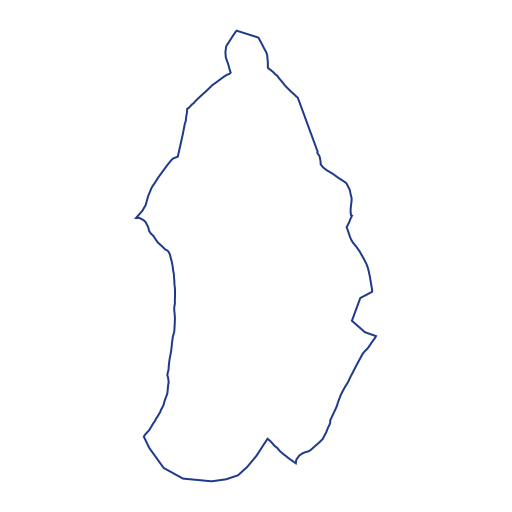 the district of Marisule/La Brellotte, Gros Islet, Saint Lucia
{"feature_id": "8701671B65833866980229", "entity_name": "Marisule/La Brellotte", "entity_type": "district", "adm_level": 2, "iso_a3": "LCA", "parent_name": "Saint Lucia", "parent_adm1": "Gros Islet", "projection": "equal_earth", "projection_center": [-60.972, 14.058], "detail": "fine", "context": "isolated", "style": "outline", "palette": "blue", "viewbox_px": 512, "rotation_deg": 0, "n_neighbors": 0, "source": "geoboundaries", "source_scale": "gbopen_adm2", "svg_char_len": 4193}
<svg xmlns="http://www.w3.org/2000/svg" viewBox="0 0 512 512"><path d="M136.0,218.0L137.2,218.1L138.2,217.9L139.2,217.9L141.7,219.1L143.4,220.1L144.7,221.1L145.8,222.4L146.5,223.8L147.1,225.0L147.7,226.1L148.5,228.1L149.0,230.6L149.8,232.0L151.2,234.0L152.3,234.8L153.4,236.0L155.6,239.3L157.1,241.6L158.6,243.2L160.2,244.6L161.3,245.6L163.3,247.5L165.0,249.3L166.5,250.0L168.0,251.1L168.6,251.9L169.8,254.2L171.2,259.6L171.9,262.3L172.2,264.0L172.7,266.6L173.1,270.4L173.7,273.4L173.9,274.9L173.9,276.2L174.3,280.4L174.4,282.0L174.4,283.9L174.5,284.9L174.6,285.6L174.8,287.1L175.0,289.7L175.0,291.0L175.0,292.6L175.0,293.7L175.0,295.4L175.0,297.4L174.8,300.7L174.9,301.9L174.9,303.1L174.8,304.4L174.4,305.9L174.3,307.0L174.2,308.4L174.3,310.4L174.3,311.3L174.5,312.5L174.6,313.7L174.7,314.8L174.8,316.2L174.9,317.6L174.9,318.5L174.9,320.1L174.8,321.2L174.8,322.9L174.7,324.5L174.6,326.1L174.5,328.1L174.3,331.1L174.1,332.1L173.9,332.9L173.5,334.3L172.9,336.7L172.7,337.6L172.2,341.6L172.1,342.2L171.9,343.6L171.9,344.5L171.7,346.0L171.3,349.3L171.2,350.5L171.0,351.8L170.4,355.0L170.2,356.1L169.6,359.0L169.5,359.8L169.4,360.7L169.0,363.8L168.8,365.9L168.7,367.1L168.6,368.5L168.5,370.1L168.1,371.2L167.8,372.6L167.6,373.7L167.3,374.9L167.9,377.0L168.1,377.6L168.7,382.6L168.3,383.8L168.3,384.4L168.1,385.5L167.9,387.2L167.9,387.9L167.8,388.6L167.7,389.9L167.6,391.0L167.5,391.7L167.5,392.3L167.3,393.0L167.2,394.0L166.8,395.1L166.4,396.0L166.0,396.9L165.7,397.6L165.4,398.9L165.2,399.4L164.9,400.0L164.6,401.1L164.2,402.3L163.7,404.5L162.7,406.8L162.3,407.6L161.2,409.4L160.5,411.2L160.4,411.6L160.2,412.2L159.7,412.9L158.8,414.4L158.2,415.4L157.9,415.9L157.3,416.9L156.4,418.2L155.9,419.0L155.3,420.5L154.9,421.0L154.4,421.7L153.4,423.2L152.6,424.4L152.3,424.8L152.1,425.3L151.6,426.1L151.3,426.7L150.8,427.5L150.3,428.4L149.8,429.2L149.4,429.9L148.9,430.4L147.7,431.8L145.1,434.6L143.8,436.6L149.3,448.0L163.7,468.0L183.0,478.6L211.7,481.3L226.1,479.3L238.0,475.3L245.8,468.2L246.9,467.3L256.3,456.0L267.5,438.8L268.6,439.7L270.2,441.0L270.9,441.7L274.4,445.7L275.6,446.7L276.3,447.2L277.2,447.9L278.2,449.1L279.5,450.6L280.4,451.7L281.4,452.4L283.3,454.1L284.6,455.1L286.3,456.3L288.7,458.3L290.5,459.6L291.4,460.2L295.8,463.3L296.3,459.7L299.3,455.5L301.5,454.0L302.9,453.2L305.5,452.1L308.0,451.5L310.2,450.4L311.8,449.0L315.4,445.8L319.9,441.8L322.6,439.1L324.2,436.1L326.2,432.3L327.8,428.2L329.6,424.5L330.3,422.2L330.2,420.4L335.8,408.5L337.0,405.6L337.9,402.7L338.8,400.1L340.1,396.8L341.0,394.4L342.1,392.4L343.3,390.0L345.5,386.1L347.1,383.7L348.8,380.6L350.3,377.1L352.2,373.6L354.4,369.3L356.1,366.0L362.3,354.4L364.0,352.1L365.7,350.3L366.7,349.4L368.5,347.3L369.7,345.4L371.4,342.9L373.3,340.2L375.0,338.0L376.0,336.1L364.9,332.2L351.9,320.8L360.3,298.0L372.1,291.8L372.1,289.6L371.5,286.4L370.8,282.2L369.8,276.1L369.1,273.1L368.7,271.1L368.0,268.3L367.1,265.8L366.4,263.9L363.6,258.5L361.8,255.3L359.8,251.7L356.6,247.1L354.8,244.9L352.7,242.3L351.2,239.7L350.1,237.3L349.6,235.7L348.9,233.6L347.6,229.8L346.6,227.2L347.9,224.9L349.4,221.6L350.7,218.3L352.0,215.7L351.1,215.3L350.7,213.3L350.6,210.5L350.7,208.4L351.1,204.7L351.4,202.2L351.6,200.5L351.6,199.1L351.6,197.9L351.1,196.3L349.7,189.7L348.1,186.6L346.4,183.3L344.4,181.7L338.7,178.1L332.8,173.8L326.8,170.3L323.1,167.4L320.7,164.4L320.6,161.9L319.8,157.3L319.2,155.6L318.3,154.4L317.3,152.7L317.6,151.6L297.8,97.7L297.2,97.2L296.2,96.4L294.1,94.3L291.0,91.6L285.0,85.6L283.0,82.9L279.4,78.7L277.1,75.5L275.6,74.6L272.9,71.8L267.9,67.9L267.9,66.8L267.8,61.8L267.1,54.7L266.2,52.2L263.9,48.0L261.1,42.5L258.4,37.6L236.7,30.7L235.4,32.1L232.2,36.9L226.2,46.3L225.4,52.1L225.8,57.5L228.4,64.8L229.9,70.5L230.7,72.5L230.3,73.1L229.4,73.9L227.2,74.7L226.2,75.3L224.2,76.5L220.6,79.1L216.2,82.4L212.5,85.0L205.7,91.6L201.6,95.2L196.1,100.4L193.2,103.6L192.2,104.2L188.9,107.8L187.2,108.8L187.0,112.4L186.2,116.8L185.8,120.7L184.7,124.3L184.1,127.5L182.7,134.7L178.2,154.8L177.8,156.6L172.9,158.6L170.9,160.6L169.2,162.8L167.7,164.6L163.7,170.0L158.3,177.4L154.5,183.4L152.9,185.6L151.4,188.2L148.2,196.0L145.7,205.0L145.3,205.7L143.3,209.1L142.5,210.6L136.0,218.0Z" fill="none" stroke="#1e3a8a" stroke-width="2"/></svg>